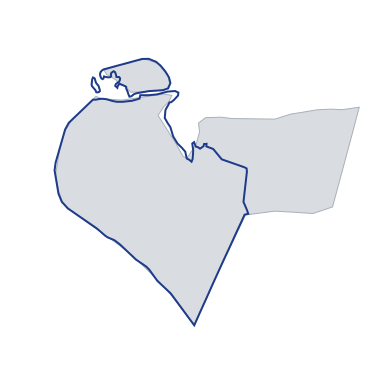 Kuwait, with Al Jahrah highlighted, rotated 286°
{"feature_id": "KWT-1667", "entity_name": "Al Jahrah", "entity_type": "Province", "adm_level": 1, "iso_a3": "KWT", "parent_name": "Kuwait", "parent_adm1": "", "projection": "equal_earth", "projection_center": [47.841, 29.537], "detail": "fine", "context": "in_parent", "style": "outline", "palette": "blue", "viewbox_px": 384, "rotation_deg": 286, "n_neighbors": 0, "source": "natural_earth", "source_scale": "10m", "svg_char_len": 2814}
<svg xmlns="http://www.w3.org/2000/svg" viewBox="0 0 384 384"><g transform="rotate(286 192 192)"><path d="M319.6,329.4L296.3,329.9L267.0,330.4L243.3,330.8L216.4,331.2L204.7,314.3L200.7,295.8L196.4,276.8L184.7,249.8L145.4,243.2L124.5,239.8L90.2,234.6L64.4,230.8L86.2,201.7L96.3,186.1L114.6,152.3L124.0,128.2L133.1,101.6L140.9,80.9L142.6,77.1L147.1,70.0L157.1,62.9L171.4,56.1L195.8,53.1L212.9,53.0L216.8,53.3L227.6,56.6L257.4,73.3L256.8,79.8L261.0,99.3L270.6,120.7L278.4,138.0L279.4,146.1L272.2,144.9L266.7,141.6L256.3,138.2L236.0,161.2L223.7,173.7L223.4,178.0L239.7,182.8L251.7,182.7L260.1,179.3L267.2,184.6L271.8,198.9L273.7,210.4L284.9,251.6L294.1,265.5L305.7,290.1L310.0,302.9L312.5,313.6L319.6,329.4ZM297.0,136.9L289.4,140.8L284.2,139.1L279.3,129.6L271.1,105.9L275.5,97.0L275.4,93.2L276.2,90.4L278.7,88.5L281.4,77.4L284.8,74.0L290.5,81.5L306.6,108.8L306.5,119.9L305.6,124.4L297.0,136.9Z" fill="#d9dde1" stroke="#a8b0b8" stroke-width="1"/><path d="M217.0,52.8L224.6,54.5L253.4,71.3L254.3,74.2L255.7,76.9L257.0,80.4L257.6,84.1L257.6,90.7L258.0,94.9L259.7,100.8L263.2,109.3L267.3,115.8L270.8,115.6L273.1,123.6L276.2,131.5L281.8,140.9L284.4,147.9L283.8,151.5L280.9,152.0L275.4,149.2L272.6,147.2L271.8,145.6L269.1,145.2L265.9,144.4L263.5,143.9L255.7,145.4L251.8,149.3L248.4,153.3L240.2,158.6L234.6,164.7L231.7,170.1L228.9,174.4L222.8,177.7L222.2,180.5L221.0,183.2L223.9,183.5L228.9,182.5L232.6,181.6L235.5,180.3L238.6,178.9L240.5,180.2L236.7,183.2L236.7,185.3L235.9,187.8L239.1,190.4L241.4,190.4L241.5,190.4L241.6,191.0L242.3,192.7L239.8,193.2L239.2,200.5L231.6,211.6L230.2,235.6L229.7,238.0L226.6,239.2L196.7,244.2L190.2,249.5L186.5,252.1L184.8,248.9L184.7,248.8L177.3,247.7L164.0,245.6L150.7,243.6L137.4,241.5L124.1,239.5L109.2,237.3L94.3,235.2L79.4,233.0L64.5,230.9L68.4,225.8L88.6,199.6L97.0,183.2L105.6,172.3L107.6,168.8L111.6,156.7L121.6,137.5L124.2,130.9L124.5,129.1L125.1,123.7L125.8,121.2L130.7,110.6L142.0,77.1L146.6,69.6L153.6,64.1L175.0,53.9L182.7,52.8L217.0,52.8ZM307.2,121.7L304.7,127.1L300.6,133.1L295.8,138.3L290.8,141.2L289.9,141.1L285.0,140.5L281.8,135.9L277.2,123.0L271.6,111.4L270.8,110.3L270.1,109.3L267.4,107.4L266.4,105.6L269.0,103.5L270.5,102.6L273.4,100.2L274.9,99.8L275.3,98.7L276.1,92.6L274.0,91.6L272.9,91.4L271.6,91.5L272.9,88.9L274.8,89.1L278.0,91.5L279.5,91.8L281.4,91.6L282.4,90.4L281.7,87.7L284.1,86.4L286.0,85.0L286.5,83.4L284.4,81.7L282.9,81.5L281.1,82.4L279.8,81.7L279.3,80.5L278.9,78.7L278.8,76.8L278.9,75.6L276.6,75.6L276.3,75.3L275.8,74.8L276.3,73.5L278.0,72.0L279.9,71.1L281.8,71.0L283.6,71.7L285.4,73.1L306.1,107.3L308.1,113.8L307.2,121.7ZM270.7,69.5L269.9,70.4L268.6,72.4L268.0,73.1L264.4,75.4L263.4,75.6L262.4,74.9L261.7,73.7L261.5,72.5L263.3,71.1L266.1,66.8L267.5,65.9L272.7,65.0L274.8,65.3L274.4,67.1L270.7,69.5Z" fill="none" stroke="#1e3a8a" stroke-width="2"/></g></svg>